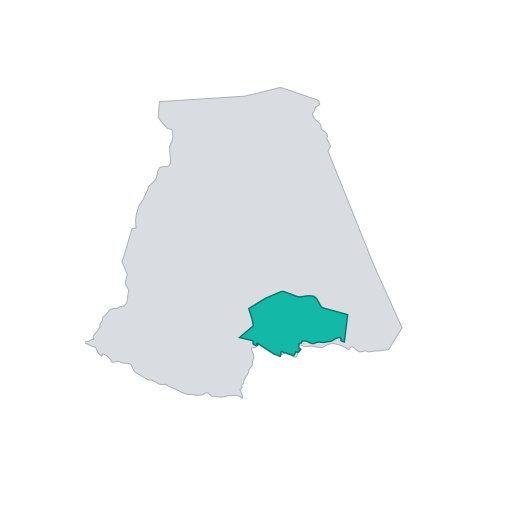 where Béchar sits in Algeria, rotated 211°
{"feature_id": "DZA-2148", "entity_name": "Béchar", "entity_type": "Province", "adm_level": 1, "iso_a3": "DZA", "parent_name": "Algeria", "parent_adm1": "", "projection": "robinson", "projection_center": [-2.712, 30.267], "detail": "fine", "context": "in_parent", "style": "filled", "palette": "teal", "viewbox_px": 512, "rotation_deg": 211, "n_neighbors": 0, "source": "natural_earth", "source_scale": "10m", "svg_char_len": 5364}
<svg xmlns="http://www.w3.org/2000/svg" viewBox="0 0 512 512"><g transform="rotate(211 256 256)"><path d="M357.3,93.5L357.6,94.4L357.7,95.4L356.3,96.2L355.4,96.7L354.4,99.0L352.4,100.6L352.0,101.1L352.1,101.5L353.5,102.2L354.0,102.9L354.3,103.8L353.8,107.1L353.1,112.9L353.2,114.1L353.8,115.7L354.3,116.8L354.6,118.1L354.5,121.4L355.3,123.3L355.8,125.0L354.7,127.2L354.2,129.1L354.0,131.9L353.9,133.6L353.2,135.2L352.1,136.7L351.0,137.7L349.5,138.5L347.9,139.5L346.6,142.4L343.7,144.7L343.1,145.6L342.9,147.5L343.1,150.1L343.7,152.2L345.2,155.3L346.5,158.7L346.9,160.4L347.4,161.0L349.2,162.2L352.3,163.7L352.9,164.3L354.5,166.6L356.0,170.8L356.6,173.6L362.1,177.9L367.4,181.6L367.8,182.2L371.0,195.0L372.2,199.6L376.4,215.9L374.9,216.8L373.2,218.0L374.6,220.2L377.1,223.8L378.6,226.8L379.1,228.0L380.4,231.6L381.4,235.2L381.7,236.3L382.1,239.0L381.9,246.4L382.8,255.9L383.9,260.6L382.6,264.8L381.5,268.9L381.6,270.9L382.4,274.1L383.1,276.5L384.0,277.7L384.0,281.7L383.6,283.1L381.0,285.2L378.0,287.1L377.2,288.7L377.0,290.5L377.4,292.0L386.5,305.4L386.8,306.8L387.1,310.5L388.6,315.3L390.2,317.4L390.8,319.0L392.0,320.1L393.1,320.9L393.7,321.0L397.6,319.7L404.3,321.8L410.6,324.0L411.1,324.4L414.9,331.7L418.2,338.6L348.4,386.9L340.7,394.2L322.6,412.4L321.3,413.2L297.2,418.5L284.7,421.2L284.1,421.3L283.4,421.4L282.8,421.3L281.8,420.9L280.5,419.8L279.6,419.2L279.4,418.4L279.9,417.2L280.5,416.2L280.7,415.4L281.1,414.8L281.7,414.3L281.7,413.6L281.2,412.5L280.8,410.9L280.8,408.0L280.8,406.7L279.6,405.6L277.5,404.4L275.4,403.6L274.5,403.4L272.3,403.0L269.2,402.2L268.1,401.7L266.1,399.0L265.1,398.3L260.5,397.9L259.0,397.4L257.8,396.8L256.7,395.9L256.1,394.5L255.9,393.3L255.5,392.7L250.4,389.8L249.1,388.8L248.4,387.9L248.4,386.6L248.5,384.9L248.3,383.4L248.0,382.7L158.6,315.1L153.9,311.6L143.0,303.7L93.8,269.7L94.1,245.3L94.2,244.1L94.5,243.5L96.1,242.6L98.6,240.6L99.5,239.7L100.7,238.7L104.9,236.0L105.8,235.2L109.8,232.0L110.8,231.5L112.9,231.2L113.8,230.6L115.0,229.3L116.8,227.9L118.0,227.2L118.3,227.1L119.0,227.0L122.7,227.4L124.3,227.7L126.1,228.0L126.7,227.8L127.2,227.4L127.9,226.3L128.1,225.1L128.2,224.1L128.3,223.6L128.6,223.4L129.4,223.5L130.5,223.6L132.7,223.6L133.4,223.4L136.0,223.2L139.5,222.5L144.6,220.9L147.0,219.0L148.8,217.1L150.6,214.2L152.1,211.6L155.0,210.0L157.5,209.1L158.9,208.7L162.1,207.3L167.3,203.4L171.7,202.9L172.3,202.5L172.9,201.8L172.9,200.6L172.2,199.8L171.3,199.4L170.7,198.9L170.0,198.8L169.7,198.2L169.9,197.2L170.0,196.2L170.4,195.2L170.3,193.9L169.7,192.5L169.5,191.5L169.5,190.5L169.8,189.7L170.7,189.2L171.8,189.1L173.3,189.3L175.8,189.0L182.3,186.6L182.8,185.9L183.2,184.2L183.6,182.8L184.3,182.3L184.7,182.2L189.9,181.3L191.1,181.2L200.8,181.7L209.1,181.9L209.9,181.6L209.9,180.6L209.3,178.6L209.6,177.4L210.8,176.3L212.3,175.0L211.6,173.5L210.4,172.5L208.7,171.2L207.9,170.7L206.4,169.2L205.4,167.5L204.8,164.0L203.7,161.9L202.8,159.5L203.5,154.9L202.4,152.2L202.3,151.0L202.2,149.6L202.6,147.2L202.3,143.8L201.0,140.3L201.6,139.1L201.9,138.5L201.8,138.0L200.7,136.8L200.1,135.9L200.4,135.1L201.0,133.8L201.0,133.3L199.1,131.8L195.8,129.3L194.9,128.2L194.5,126.9L197.6,127.2L199.2,127.0L202.8,125.4L205.7,123.2L207.9,122.1L209.9,119.7L211.7,118.2L214.2,116.6L221.7,113.1L222.8,113.0L225.3,113.8L227.4,113.6L228.8,112.4L230.4,109.4L232.8,107.6L235.8,105.8L240.0,104.0L242.7,102.5L247.0,101.1L257.8,100.2L263.4,99.4L267.2,99.6L270.9,97.1L272.8,96.3L281.1,96.1L284.9,94.2L299.7,94.2L301.5,94.8L303.3,95.8L306.4,98.2L307.9,98.7L309.9,98.2L314.4,96.0L319.4,94.8L322.2,93.4L323.3,91.5L325.7,90.8L327.1,92.3L332.4,93.8L335.7,93.4L337.1,92.9L336.5,90.6L339.9,91.2L342.6,92.3L345.5,94.5L347.3,94.9L350.5,94.0L357.3,93.5Z" fill="#d9dde1" stroke="#a8b0b8" stroke-width="1"/><path d="M190.0,181.2L192.1,181.3L193.1,181.3L194.2,181.4L195.4,181.4L196.7,181.5L198.0,181.5L199.4,181.6L200.7,181.7L202.0,181.7L203.3,181.8L204.5,181.8L205.5,181.9L206.5,181.9L207.3,182.0L207.8,182.0L208.2,182.0L208.3,182.0L209.5,182.1L210.1,181.9L210.4,181.3L210.3,180.9L210.1,180.7L209.7,180.6L208.9,180.8L208.6,180.8L208.6,180.5L208.6,180.4L208.9,180.2L209.0,180.1L209.1,179.9L209.1,179.7L209.1,179.4L209.4,179.4L211.5,179.1L212.6,179.1L212.9,179.2L213.2,179.3L213.3,179.4L213.4,179.5L213.6,179.6L213.7,179.8L213.9,180.1L214.1,180.4L214.6,181.6L214.9,181.7L215.7,181.6L228.1,177.6L222.6,194.0L222.6,194.7L223.1,195.7L226.5,199.6L235.1,207.2L226.0,224.8L216.3,238.2L214.3,239.8L200.0,242.4L198.2,243.1L196.3,244.3L191.4,248.3L189.2,249.7L185.4,251.3L182.2,250.6L178.3,248.6L176.7,247.5L173.9,246.0L170.8,246.3L147.2,252.9L136.0,227.8L137.8,227.4L139.8,227.2L140.3,228.8L141.6,229.3L143.1,228.8L144.8,226.7L146.2,224.4L147.3,222.2L148.8,220.5L150.5,219.4L152.2,217.8L153.5,216.8L155.1,215.9L157.4,214.9L159.6,213.1L161.3,210.8L162.8,209.9L164.7,209.4L167.1,209.3L169.7,208.7L172.6,207.1L172.5,206.0L172.4,204.8L173.1,204.1L174.0,202.6L173.2,201.3L173.1,200.9L173.1,200.6L172.9,200.3L172.7,200.1L172.2,199.8L171.9,199.5L171.5,198.9L171.3,198.6L171.0,198.5L170.8,198.7L170.3,199.1L170.0,199.2L169.8,199.2L169.6,199.1L169.6,198.7L169.7,198.4L170.0,197.8L170.0,197.4L169.9,196.0L170.0,195.7L170.2,195.4L171.0,194.8L172.2,194.7L172.4,190.0L173.5,189.4L174.1,189.6L174.7,189.5L179.2,188.7L180.1,188.5L182.5,187.7L185.2,187.3L184.6,185.5L183.5,182.7L184.4,182.2L187.3,181.9L190.0,181.2Z" fill="#14b8a6" stroke="#0f766e" stroke-width="1.5"/></g></svg>